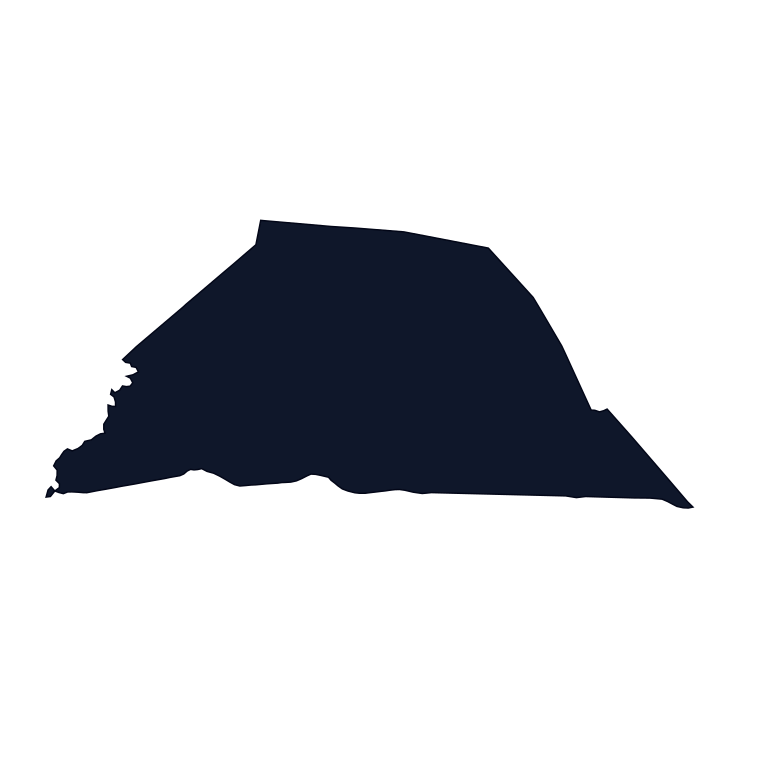 the district of Lajedinho, Bahia, Brazil, rotated 7°
{"feature_id": "56859067B60717499646951", "entity_name": "Lajedinho", "entity_type": "district", "adm_level": 2, "iso_a3": "BRA", "parent_name": "Brazil", "parent_adm1": "Bahia", "projection": "orthographic", "projection_center": [-41.04, -12.382], "detail": "fine", "context": "isolated", "style": "filled", "palette": "ink", "viewbox_px": 768, "rotation_deg": 7, "n_neighbors": 0, "source": "geoboundaries", "source_scale": "gbopen_adm2", "svg_char_len": 2182}
<svg xmlns="http://www.w3.org/2000/svg" viewBox="0 0 768 768"><g transform="rotate(7 384 384)"><path d="M343.2,486.0L347.3,488.4L350.6,490.6L355.4,493.2L361.2,494.6L368.4,495.5L373.4,495.4L378.3,494.8L384.3,493.3L389.7,492.0L394.5,490.8L398.0,490.0L403.1,488.6L407.7,487.5L412.2,486.8L417.6,486.9L422.4,487.4L426.1,487.8L430.1,487.9L435.3,488.0L439.9,487.0L444.3,486.0L569.8,473.7L578.0,472.9L588.8,473.3L597.8,471.1L645.8,466.6L661.8,464.8L667.8,464.6L674.1,464.4L679.9,466.1L685.1,468.1L689.7,469.8L696.0,470.4L701.2,470.0L705.6,468.5L699.6,463.9L679.2,445.2L636.8,406.7L608.5,381.7L605.4,383.7L601.3,385.4L596.4,384.4L592.8,384.7L560.3,331.8L555.8,324.6L530.3,291.2L521.5,279.9L471.0,236.4L385.3,230.6L336.7,232.7L312.5,234.1L245.7,236.5L241.7,236.6L239.9,261.4L229.3,273.0L219.4,283.9L212.6,291.2L177.9,328.9L175.2,332.1L133.6,377.2L121.6,391.6L124.9,394.0L129.7,394.2L131.4,397.4L135.9,397.7L138.8,401.9L133.6,405.5L127.6,407.7L131.5,409.1L134.5,413.4L132.3,417.1L128.6,418.0L124.7,417.8L122.4,422.4L117.9,425.5L114.5,422.8L113.9,427.6L117.6,429.7L119.7,434.5L120.3,439.0L116.7,439.3L112.7,438.5L113.5,444.6L114.8,449.5L112.8,453.7L110.8,458.0L111.4,463.1L113.1,466.8L108.7,468.0L104.5,470.8L100.3,475.1L94.0,477.4L92.0,481.7L88.2,485.3L82.7,488.4L77.7,487.0L74.6,489.8L72.6,493.5L71.1,496.8L68.0,500.2L66.1,505.5L70.1,509.3L70.7,514.8L70.1,519.4L74.0,522.5L74.4,526.4L70.3,530.3L74.6,531.3L79.1,531.9L83.1,529.7L87.4,529.1L93.0,528.7L98.6,528.5L102.3,528.1L106.0,526.9L112.1,524.9L116.4,523.6L120.1,522.5L124.9,521.0L130.7,519.2L136.2,517.4L140.9,516.0L149.5,513.4L153.5,512.1L159.2,510.3L164.6,508.6L169.5,507.1L178.0,504.5L182.9,502.8L188.5,501.1L192.5,499.9L196.2,497.7L199.3,494.3L202.4,492.3L205.9,492.4L209.5,491.6L213.4,490.2L219.0,492.3L225.8,493.3L232.2,495.5L238.2,498.0L242.9,500.1L247.9,502.1L253.3,502.8L258.8,501.7L264.2,500.5L269.0,499.7L272.7,498.9L276.4,498.1L280.1,497.3L285.4,496.3L290.7,495.3L294.4,494.3L298.1,493.7L303.5,492.7L308.9,490.8L313.7,488.0L318.7,484.6L322.5,482.3L327.2,482.0L332.3,482.4L340.3,483.3L343.2,486.0ZM70.3,530.3L66.1,526.5L63.5,530.1L62.4,537.4L66.6,536.3L70.3,530.3Z" fill="#0f172a" stroke="#020617" stroke-width="1.5"/></g></svg>